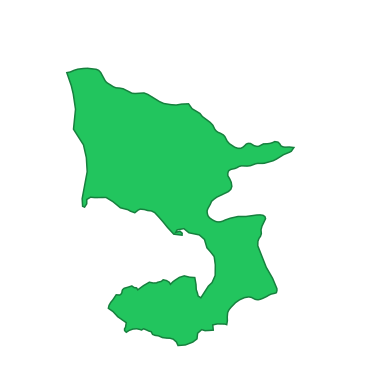 map outline of Shizuoka (Albers equal-area conic projection), rotated 76°
{"feature_id": "JPN-1845", "entity_name": "Shizuoka", "entity_type": "Prefecture", "adm_level": 1, "iso_a3": "JPN", "parent_name": "Japan", "parent_adm1": "", "projection": "albers", "projection_center": [138.464, 35.111], "detail": "fine", "context": "isolated", "style": "filled", "palette": "green", "viewbox_px": 384, "rotation_deg": 76, "n_neighbors": 0, "source": "natural_earth", "source_scale": "10m", "svg_char_len": 3349}
<svg xmlns="http://www.w3.org/2000/svg" viewBox="0 0 384 384"><g transform="rotate(76 192 192)"><path d="M329.1,190.4L328.1,192.0L326.1,199.4L326.0,204.0L331.2,204.8L330.5,208.8L329.7,212.9L327.9,215.9L330.4,220.7L335.7,222.7L337.8,227.5L338.8,235.4L337.6,242.7L333.8,243.4L330.3,245.8L328.5,248.8L327.7,251.7L326.1,255.9L323.4,259.4L322.2,262.5L320.6,264.7L317.7,265.4L316.5,267.5L315.1,269.2L313.0,272.0L313.7,274.4L312.7,275.9L311.3,278.8L310.7,282.6L311.1,286.5L312.2,289.7L310.2,290.9L308.5,290.6L307.1,289.2L302.9,287.4L295.1,294.2L289.0,297.5L284.6,301.3L281.9,299.9L279.4,297.5L277.5,294.9L273.4,290.4L274.5,287.0L273.8,285.4L272.6,284.3L271.2,283.8L270.0,283.0L269.0,281.1L268.9,277.3L268.6,273.1L270.7,271.3L271.6,269.0L273.8,268.3L271.1,261.7L269.2,255.2L270.9,251.7L271.7,248.2L271.3,247.6L271.3,243.3L270.2,241.2L271.8,238.1L274.2,235.8L276.4,235.3L274.4,232.1L273.6,230.1L271.8,224.9L271.5,219.8L274.1,214.9L275.7,210.0L282.7,210.5L287.7,211.5L291.2,211.2L294.4,211.2L296.8,209.0L287.3,198.9L284.7,194.4L278.6,189.7L268.3,187.0L260.0,186.1L254.4,188.6L249.8,191.0L241.0,191.4L235.4,195.3L230.8,204.9L225.6,208.7L225.1,215.5L227.2,217.5L227.2,213.1L229.6,211.5L231.5,212.1L228.5,219.9L220.5,224.3L213.8,227.4L208.7,230.0L202.9,233.2L200.5,236.0L199.3,239.4L197.5,242.4L196.1,246.3L196.4,248.4L198.3,252.5L195.7,256.4L193.7,258.4L190.0,265.3L182.3,271.0L176.5,276.7L173.9,287.7L172.5,291.7L173.8,295.9L178.0,297.0L180.7,299.9L179.4,301.6L171.9,300.2L147.0,288.8L133.1,286.2L120.0,285.9L102.4,291.8L83.5,285.0L68.1,283.5L59.7,283.4L45.9,284.6L46.1,281.2L45.9,279.9L45.4,277.0L45.2,273.1L45.9,267.3L46.7,263.4L49.8,255.2L51.4,253.1L53.9,251.7L62.9,249.4L64.4,248.7L65.6,247.9L70.9,242.8L72.5,240.6L73.7,237.0L75.2,233.8L81.7,226.3L82.7,223.3L84.3,214.6L86.6,211.3L96.3,201.8L99.3,198.0L102.2,191.2L103.8,186.3L104.2,180.8L105.6,174.0L111.2,171.8L117.7,165.3L121.3,163.7L128.9,157.5L132.3,155.6L136.7,154.7L138.7,153.7L140.3,152.4L141.9,150.2L144.2,147.8L146.2,146.7L151.1,145.6L154.2,144.0L158.9,139.7L160.7,136.9L161.4,134.0L160.9,131.9L159.9,129.8L158.6,127.7L158.4,125.7L159.1,123.5L162.1,120.5L163.5,117.9L163.8,115.9L163.2,113.6L162.6,111.1L163.4,107.3L163.7,104.6L163.6,102.0L163.1,99.5L164.4,96.5L166.3,95.3L168.8,94.5L170.2,92.8L171.0,91.0L171.9,86.7L173.5,82.4L176.5,85.8L177.0,87.8L177.9,94.1L180.5,102.1L181.3,105.7L181.6,114.9L181.2,117.1L180.1,121.4L180.0,123.5L180.6,128.9L180.2,132.2L178.6,137.6L178.6,140.1L179.3,142.6L179.6,144.8L179.5,146.9L179.5,149.0L180.2,151.2L182.1,152.6L184.8,153.3L188.6,152.2L192.1,151.6L196.2,152.0L198.8,153.7L200.4,156.6L203.0,169.2L204.3,172.4L205.8,175.3L208.3,177.2L211.9,180.6L213.9,181.9L216.1,182.3L218.7,182.3L221.2,181.3L223.8,179.1L225.6,177.1L226.6,175.7L227.2,174.4L227.5,173.3L227.8,171.6L227.7,169.1L227.2,166.6L226.7,161.2L226.9,153.2L228.8,145.7L230.0,134.7L230.7,131.4L231.8,128.7L233.5,127.2L235.7,127.1L242.1,132.4L245.4,134.2L249.2,134.8L251.6,136.3L253.2,138.2L255.8,140.0L260.1,141.2L283.0,138.2L295.2,134.7L306.3,133.0L308.1,133.4L310.1,134.5L310.3,136.1L310.2,139.8L310.5,141.5L310.8,142.8L311.4,144.6L312.3,149.0L312.6,151.4L312.6,153.7L312.2,155.0L311.4,156.7L308.6,159.9L307.5,162.4L307.2,166.6L308.1,171.9L309.9,176.6L313.2,181.9L314.9,184.2L316.1,185.4L317.7,186.6L321.7,188.0L325.4,188.8L329.1,190.4Z" fill="#22c55e" stroke="#15803d" stroke-width="1.5"/></g></svg>